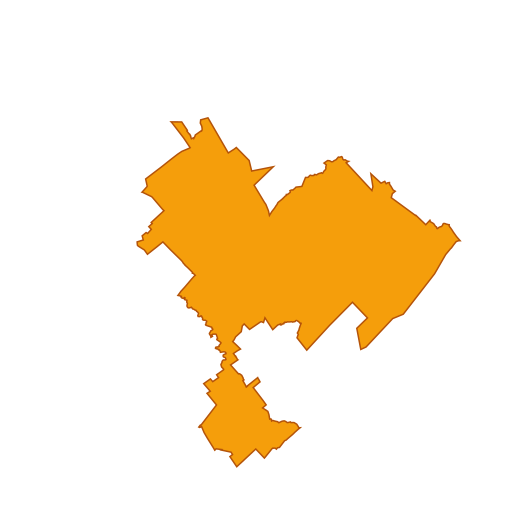 outline of Rincón de Romos, Aguascalientes, Mexico, rotated 137°
{"feature_id": "50627088B44268197461016", "entity_name": "Rincón de Romos", "entity_type": "district", "adm_level": 2, "iso_a3": "MEX", "parent_name": "Mexico", "parent_adm1": "Aguascalientes", "projection": "albers", "projection_center": [-102.306, 22.248], "detail": "fine", "context": "isolated", "style": "filled", "palette": "amber", "viewbox_px": 512, "rotation_deg": 137, "n_neighbors": 0, "source": "geoboundaries", "source_scale": "gbopen_adm2", "svg_char_len": 6128}
<svg xmlns="http://www.w3.org/2000/svg" viewBox="0 0 512 512"><g transform="rotate(137 256 256)"><path d="M226.6,412.0L226.6,410.7L228.4,391.7L230.3,380.1L231.5,380.4L238.9,383.1L243.9,383.9L252.5,384.7L264.1,385.6L284.2,387.6L287.8,381.5L288.1,381.2L289.0,381.0L295.8,380.4L295.5,380.0L295.4,379.6L291.9,370.7L291.8,369.5L292.5,354.2L292.4,351.9L309.8,352.0L309.8,350.5L314.4,350.6L314.4,346.9L319.9,346.4L320.4,348.1L325.5,348.4L327.5,344.6L333.3,347.4L334.3,346.2L335.4,344.7L335.4,343.6L333.9,337.9L333.6,337.0L333.6,335.9L333.7,335.3L334.2,331.3L322.1,330.3L314.5,329.8L314.3,318.9L313.6,303.2L313.8,301.3L314.1,300.2L314.0,298.0L314.2,297.8L313.9,294.5L313.6,287.5L314.3,286.8L313.9,286.4L313.7,285.9L313.6,283.3L314.7,283.4L318.4,283.1L329.6,281.8L334.9,281.4L340.0,280.4L339.0,279.0L338.1,277.4L338.8,277.2L338.9,276.3L338.8,275.8L338.2,274.8L337.4,274.4L336.6,274.4L336.4,274.0L336.8,273.5L337.5,273.4L337.9,273.1L337.9,272.7L336.7,270.7L337.7,269.9L338.2,269.3L338.4,268.2L340.2,266.9L340.7,266.3L340.9,265.8L341.0,264.6L340.9,264.3L339.8,263.3L338.2,262.6L338.4,260.4L337.8,259.6L337.5,258.1L336.9,257.2L337.2,256.0L336.9,255.1L337.0,254.1L337.0,253.4L337.2,253.2L339.3,252.0L339.6,251.2L339.2,250.8L338.7,250.2L338.3,249.9L337.1,249.8L336.8,249.4L336.9,248.8L337.3,248.1L337.3,247.5L337.5,246.8L337.7,246.6L338.1,246.3L338.4,246.0L338.3,245.1L336.8,243.4L336.5,242.0L336.9,241.5L338.1,241.2L338.9,240.4L339.6,240.3L339.8,240.1L339.8,239.4L338.7,237.3L337.9,235.9L337.5,235.0L337.0,234.3L337.0,233.9L337.5,233.2L337.4,232.4L337.5,232.0L337.6,231.8L338.0,231.7L338.9,231.8L340.0,232.1L341.7,231.5L342.6,231.3L343.1,231.0L343.2,230.8L343.7,228.3L344.4,227.3L342.6,226.9L342.2,228.5L340.9,228.3L338.6,226.2L338.6,225.6L340.2,222.0L341.4,221.9L341.7,221.5L341.0,218.4L340.7,216.6L340.9,216.3L342.5,215.9L344.0,215.8L344.7,215.0L345.2,215.1L347.5,216.7L348.5,216.3L348.4,215.2L347.4,214.2L347.4,212.9L346.9,212.8L347.0,211.3L347.7,209.8L346.5,209.0L345.1,208.1L344.2,207.1L344.1,206.7L344.0,205.9L344.6,205.0L346.3,205.7L347.5,205.9L347.8,205.7L348.5,204.9L348.6,204.4L348.3,203.7L347.8,202.7L347.9,201.9L348.6,200.8L349.5,201.1L350.6,202.1L351.0,202.3L352.6,202.1L353.6,201.3L355.6,200.6L355.8,200.4L356.9,198.2L356.8,197.2L356.9,195.2L357.4,194.9L364.2,195.8L365.8,196.0L366.3,192.6L373.3,193.6L373.2,197.2L381.3,198.3L381.7,188.3L385.5,189.0L386.5,174.0L411.7,169.8L412.0,170.3L414.5,169.9L414.2,169.1L412.2,168.2L414.4,162.2L415.9,155.5L418.0,144.7L418.6,142.1L417.7,142.1L416.6,142.2L416.4,141.8L413.2,138.0L413.9,138.0L408.0,129.5L408.6,126.8L411.9,127.1L413.8,115.0L387.8,115.0L387.7,102.5L386.6,102.6L376.0,104.1L374.9,104.1L373.1,102.5L372.8,100.8L371.1,101.1L369.4,100.0L361.0,101.4L359.5,100.8L357.1,100.8L350.5,100.5L349.1,100.5L348.8,100.6L342.2,100.5L341.9,100.3L340.9,100.3L341.9,101.1L341.5,102.1L340.9,105.2L341.8,108.3L344.1,110.4L344.0,111.2L345.9,112.2L346.8,112.9L347.1,114.7L347.8,116.2L349.6,117.4L353.0,118.5L353.2,120.1L354.8,122.4L355.9,124.4L357.1,124.7L356.2,126.3L356.2,126.7L357.2,127.4L354.7,131.2L353.3,134.3L354.8,140.4L350.1,140.2L349.4,145.5L347.8,161.7L338.9,161.2L338.1,164.2L338.1,164.9L337.7,165.9L351.1,166.9L351.2,166.6L352.5,166.8L351.8,168.8L350.6,173.8L349.3,173.6L349.1,175.0L348.6,175.6L347.8,178.5L348.3,181.0L349.2,181.8L348.9,193.7L340.1,192.4L340.2,192.7L339.2,196.5L339.5,196.5L339.0,200.1L338.3,200.0L333.9,199.3L330.8,198.5L331.0,203.7L331.4,209.3L329.3,209.6L326.0,210.8L318.4,210.7L313.7,214.2L311.0,214.4L310.8,206.7L297.5,204.7L297.0,204.5L295.9,202.2L291.6,204.7L294.0,190.7L287.2,190.7L284.9,189.8L285.2,189.7L285.1,188.9L284.2,188.2L283.0,188.3L282.3,187.7L282.1,187.7L281.9,187.5L281.4,187.7L281.2,188.0L280.5,187.6L280.0,187.9L279.2,187.0L278.8,186.7L277.8,186.3L277.4,185.9L277.0,185.4L276.4,184.9L274.7,183.6L274.3,182.7L272.8,181.9L272.7,181.7L272.0,181.4L271.0,181.6L270.2,181.1L269.6,178.8L269.6,176.7L268.9,176.3L269.0,175.9L270.4,175.3L273.6,173.6L275.3,172.5L276.6,172.1L277.6,171.6L278.3,171.5L278.5,169.9L281.8,168.2L283.1,152.5L249.5,155.1L217.0,156.4L216.7,134.7L231.6,134.4L243.1,116.2L237.6,114.4L198.7,117.0L188.0,113.0L137.5,121.2L116.3,127.7L108.5,128.7L107.7,128.6L103.7,129.4L99.7,130.0L97.6,129.1L96.3,128.0L96.1,133.4L95.3,139.5L95.0,140.7L94.5,144.3L94.5,145.1L94.2,146.3L93.4,147.1L93.8,147.4L94.1,148.2L94.8,149.1L95.7,150.9L96.4,151.7L96.9,151.9L97.3,151.9L98.5,151.3L99.6,151.1L100.3,151.1L101.3,151.7L101.9,151.9L102.9,152.2L104.5,152.2L104.9,152.7L104.8,153.1L104.3,153.8L104.2,154.4L104.5,154.9L104.5,155.5L104.0,158.5L104.9,161.6L105.3,162.6L105.0,163.2L104.6,163.3L103.6,163.6L110.5,163.1L111.3,176.8L111.7,176.8L117.3,206.4L113.8,208.6L110.0,208.4L110.7,210.7L109.7,215.2L109.4,217.4L108.3,218.7L109.7,219.7L111.5,220.1L110.9,222.8L114.9,224.0L115.9,237.8L123.3,226.9L126.6,224.8L126.5,262.7L123.8,262.1L124.4,262.9L125.2,265.6L126.2,266.3L126.4,266.7L126.5,267.4L125.5,269.5L125.6,270.3L127.5,271.2L128.3,272.2L131.8,271.8L133.9,272.5L135.5,272.6L136.5,273.4L136.7,273.8L136.9,274.6L137.2,275.4L137.7,276.1L138.6,277.0L142.9,277.6L142.4,274.7L144.4,273.4L144.9,272.6L145.5,272.1L146.4,271.8L148.6,271.7L150.4,271.1L151.1,271.2L151.4,272.3L152.6,272.7L153.4,273.3L154.9,273.8L155.7,273.9L156.3,274.0L156.6,274.3L157.3,275.5L157.7,275.8L158.6,275.4L159.3,275.8L160.6,277.0L161.1,278.0L161.8,278.2L164.1,278.0L165.2,278.7L166.2,279.7L175.0,275.6L179.8,279.1L181.3,279.0L184.1,279.1L184.5,279.7L185.5,280.3L186.6,280.6L186.7,280.0L187.2,279.7L187.6,279.2L189.0,279.3L190.7,279.5L191.9,280.3L192.3,279.6L194.1,279.9L195.6,279.8L197.4,279.8L197.4,279.7L202.9,280.1L203.9,280.0L205.6,279.3L207.0,279.1L209.6,278.4L214.0,277.7L218.5,276.5L216.1,280.5L213.6,287.0L213.2,289.7L209.1,309.1L182.5,309.5L201.2,321.1L195.9,330.5L195.9,330.8L195.7,330.6L195.9,331.0L196.4,348.8L198.9,349.0L206.0,350.3L196.9,389.8L203.6,393.3L206.1,391.2L207.2,387.8L208.9,385.4L210.2,384.6L210.5,384.6L210.4,384.9L217.9,385.9L218.2,385.8L218.5,385.4L221.3,384.4L221.1,385.1L223.3,385.8L222.3,388.1L222.0,388.1L221.4,390.2L221.4,390.3L221.7,390.3L221.3,394.6L220.5,394.7L218.9,404.7L226.6,412.0Z" fill="#f59e0b" stroke="#b45309" stroke-width="1.5"/></g></svg>